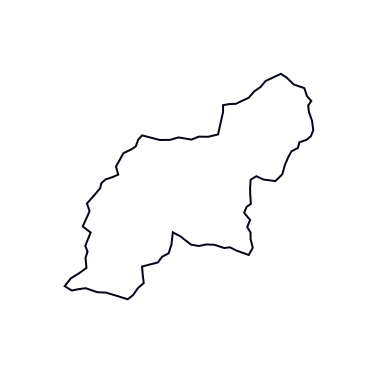 outline of Nova Luzitânia, São Paulo, Brazil, rotated 303°
{"feature_id": "56859067B29244160161724", "entity_name": "Nova Luzitânia", "entity_type": "district", "adm_level": 2, "iso_a3": "BRA", "parent_name": "Brazil", "parent_adm1": "São Paulo", "projection": "equal_earth", "projection_center": [-50.251, -20.87], "detail": "fine", "context": "isolated", "style": "outline", "palette": "ink", "viewbox_px": 384, "rotation_deg": 303, "n_neighbors": 0, "source": "geoboundaries", "source_scale": "gbopen_adm2", "svg_char_len": 1359}
<svg xmlns="http://www.w3.org/2000/svg" viewBox="0 0 384 384"><g transform="rotate(303 192 192)"><path d="M125.2,110.1L120.2,116.5L111.8,117.9L103.6,119.1L102.8,129.1L95.3,130.5L88.6,131.9L85.1,136.9L78.9,138.5L70.9,144.8L62.7,141.7L53.6,137.4L43.7,136.5L43.9,144.8L48.2,149.2L53.3,155.0L56.5,167.4L60.7,174.5L63.9,185.3L67.0,196.5L73.3,198.7L81.9,199.0L89.4,201.1L94.8,196.5L102.3,190.7L114.4,201.8L121.4,202.2L127.9,205.8L136.9,203.3L147.7,197.9L148.5,206.8L147.3,219.8L150.4,227.1L156.0,232.8L159.9,239.5L162.6,249.6L166.3,253.9L167.1,261.3L170.1,273.9L178.4,273.3L184.3,266.8L189.8,263.3L192.7,257.4L200.2,256.0L202.9,247.1L209.1,245.9L214.2,247.8L220.9,242.7L227.2,238.4L234.2,234.5L240.3,237.4L241.4,245.2L246.6,256.0L256.1,258.1L264.7,255.3L272.7,253.9L280.2,253.2L286.5,256.8L292.2,255.0L298.1,259.6L303.4,261.3L309.8,260.1L317.1,253.9L322.7,246.6L327.8,242.3L333.3,242.5L335.0,236.3L340.3,229.6L337.6,218.7L339.5,209.1L339.5,202.2L325.3,193.3L317.3,192.3L310.4,189.4L301.9,188.2L289.8,180.7L285.7,175.0L281.8,170.8L275.9,174.5L262.0,179.7L254.5,182.5L247.3,175.7L242.0,167.4L235.7,163.1L230.4,150.9L223.5,144.9L218.1,136.7L212.3,119.3L206.7,118.4L199.5,120.0L194.4,117.7L187.1,113.3L178.4,114.0L172.0,114.3L166.4,120.7L161.2,117.2L155.4,112.6L150.0,111.2L145.3,112.9L135.9,111.8L125.2,110.1Z" fill="none" stroke="#020617" stroke-width="2"/></g></svg>